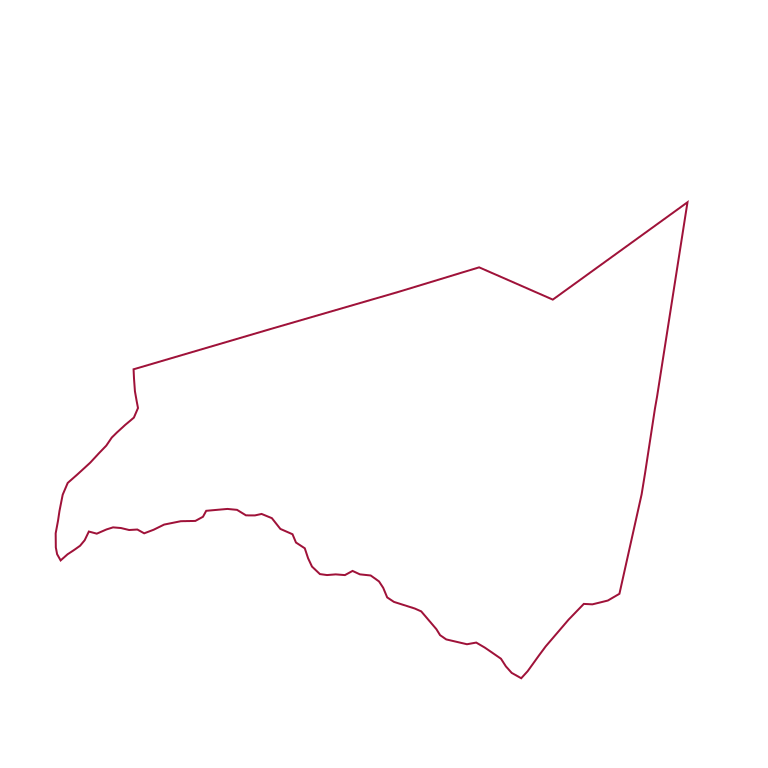 outline of Miranda do Norte, Maranhão, Brazil, rotated 195°
{"feature_id": "56859067B705481453329", "entity_name": "Miranda do Norte", "entity_type": "district", "adm_level": 2, "iso_a3": "BRA", "parent_name": "Brazil", "parent_adm1": "Maranhão", "projection": "orthographic", "projection_center": [-44.488, -3.552], "detail": "fine", "context": "isolated", "style": "outline", "palette": "rose", "viewbox_px": 768, "rotation_deg": 195, "n_neighbors": 0, "source": "geoboundaries", "source_scale": "gbopen_adm2", "svg_char_len": 1318}
<svg xmlns="http://www.w3.org/2000/svg" viewBox="0 0 768 768"><g transform="rotate(195 384 384)"><path d="M175.3,135.3L170.9,143.8L164.1,161.8L159.9,172.4L144.7,204.2L134.1,223.3L125.7,225.1L119.1,228.7L111.7,232.8L102.3,242.3L106.6,344.1L108.8,365.9L115.9,430.2L117.0,442.7L137.9,638.1L242.8,509.2L322.3,521.3L337.1,512.1L393.6,476.9L507.9,407.7L629.7,333.4L626.9,324.6L622.7,312.5L618.4,303.3L615.4,297.1L616.9,286.8L623.4,277.5L629.4,268.1L633.1,261.8L636.3,252.6L641.4,243.4L647.4,232.0L656.5,217.7L663.9,206.6L665.7,193.9L664.6,177.3L663.5,167.7L662.5,154.8L658.7,141.2L655.7,135.0L650.7,129.9L645.6,137.6L640.0,143.9L635.7,149.1L632.7,155.6L630.9,165.1L622.7,165.1L614.4,171.7L608.6,175.4L600.8,176.8L592.4,177.0L584.6,179.6L577.0,177.7L568.8,183.6L560.0,191.3L544.7,198.9L530.8,202.9L524.5,208.9L522.9,215.5L512.8,219.2L502.9,222.8L493.4,224.4L483.3,221.4L474.6,223.7L468.6,226.8L457.6,225.4L446.6,217.2L433.5,215.2L428.0,208.1L418.0,204.8L412.2,196.0L406.3,189.0L396.7,183.8L389.6,184.7L381.4,187.6L372.3,189.3L366.0,195.3L358.0,193.9L347.3,195.6L337.7,192.0L332.0,186.9L325.7,178.7L318.0,176.1L296.2,175.1L289.2,174.0L269.9,160.7L264.8,155.9L257.8,153.4L236.5,154.1L228.0,158.1L218.5,155.5L209.7,152.4L199.9,148.9L193.2,142.8L185.9,138.0L175.3,135.3Z" fill="none" stroke="#9f1239" stroke-width="2"/></g></svg>